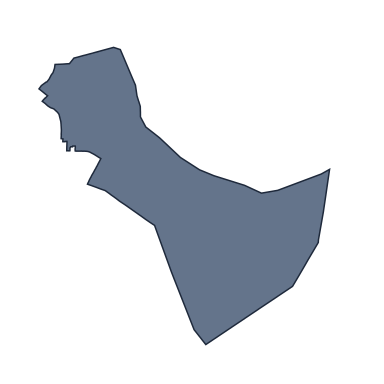 Al Hali, Al Hudaydah, Yemen (Mercator projection), rotated 353°
{"feature_id": "15242507B48725764908659", "entity_name": "Al Hali", "entity_type": "district", "adm_level": 2, "iso_a3": "YEM", "parent_name": "Yemen", "parent_adm1": "Al Hudaydah", "projection": "mercator", "projection_center": [42.962, 14.788], "detail": "fine", "context": "isolated", "style": "filled", "palette": "slate", "viewbox_px": 384, "rotation_deg": 353, "n_neighbors": 0, "source": "geoboundaries", "source_scale": "gbopen_adm2", "svg_char_len": 2737}
<svg xmlns="http://www.w3.org/2000/svg" viewBox="0 0 384 384"><g transform="rotate(353 192 192)"><path d="M71.6,48.7L70.6,52.4L68.6,56.6L67.0,58.2L66.4,58.9L63.8,62.7L61.3,65.1L60.6,65.1L55.5,68.0L52.7,71.0L59.3,77.8L59.9,78.4L60.4,78.9L59.7,79.4L57.9,80.9L57.7,80.8L55.3,82.8L54.4,83.7L57.1,86.3L58.0,87.4L59.4,89.0L59.5,89.1L61.9,91.1L62.1,91.2L64.9,92.6L68.3,96.6L69.5,98.8L69.6,99.6L69.6,99.9L70.4,106.1L70.3,108.4L70.3,109.0L70.2,109.9L70.2,110.2L69.9,114.8L69.8,115.2L69.7,116.0L69.6,116.6L69.2,118.7L69.3,118.8L68.6,123.1L69.3,123.3L70.4,123.6L69.9,126.3L71.8,126.6L72.1,126.6L72.2,126.4L74.0,126.5L74.0,127.1L73.9,127.6L73.9,128.0L73.5,130.4L73.5,130.6L73.4,131.1L73.3,131.8L73.2,132.0L73.2,132.4L73.0,133.6L73.0,133.9L72.9,134.5L72.7,135.8L74.2,136.0L74.5,136.1L75.5,136.2L75.8,136.2L76.0,135.4L76.1,134.2L76.2,133.8L76.3,133.5L76.4,133.1L77.0,132.6L77.2,132.3L77.7,132.4L77.9,132.4L78.9,132.6L79.1,131.9L79.4,131.9L81.0,132.1L81.6,132.1L81.7,132.5L81.7,133.0L81.6,133.5L81.5,134.0L81.4,134.3L81.2,135.3L81.1,136.1L81.1,136.4L81.1,137.1L82.0,137.3L85.9,137.8L87.8,138.0L88.0,138.1L88.5,138.2L89.9,138.3L91.9,138.7L92.0,138.7L92.5,138.8L93.9,139.2L94.3,139.4L94.7,139.6L95.0,139.7L95.4,139.9L97.2,141.2L99.0,142.4L99.2,142.6L99.5,142.8L100.4,143.5L100.6,143.7L101.5,144.4L103.3,145.9L103.8,146.3L105.1,147.3L105.6,147.7L104.1,150.0L103.7,150.5L103.3,151.1L103.2,151.3L102.5,152.2L101.8,153.3L101.6,153.6L100.8,154.8L100.4,155.2L99.7,156.3L99.0,157.3L98.2,158.3L97.8,158.8L97.3,159.7L96.6,160.5L96.4,160.9L96.0,161.4L95.9,161.5L95.3,162.3L94.8,162.9L94.4,163.5L93.9,164.2L93.7,164.6L93.5,164.9L92.8,165.8L91.5,167.7L90.6,169.3L89.7,170.6L89.2,171.5L91.4,172.6L91.6,172.7L93.5,173.6L93.8,173.8L95.2,174.5L97.2,175.5L100.2,177.1L100.8,177.4L101.1,177.6L106.0,180.0L109.6,183.3L111.0,184.7L111.2,184.9L114.2,187.6L114.7,188.1L115.7,189.0L118.4,191.7L119.5,192.7L123.0,195.7L126.4,198.7L126.7,199.0L137.4,208.7L137.5,208.8L138.0,209.2L142.5,213.4L146.8,217.2L150.8,220.6L151.1,222.0L161.8,268.7L163.5,275.4L177.3,328.9L187.1,345.1L194.8,341.2L245.5,315.5L280.3,297.9L287.1,289.1L294.8,279.0L298.9,273.5L308.6,260.9L311.2,257.5L311.6,255.2L312.9,250.9L320.1,227.3L320.6,225.4L324.1,212.7L330.8,188.1L331.3,186.3L322.5,189.9L277.3,200.8L260.8,201.6L245.0,191.8L215.7,178.5L202.2,170.9L184.7,156.3L166.7,134.6L161.6,129.4L160.4,128.2L154.0,121.8L153.7,120.9L150.2,111.8L150.0,111.1L150.6,106.0L150.6,105.7L150.9,102.7L151.1,100.7L150.5,97.4L150.3,96.1L150.0,94.9L149.1,89.7L148.9,79.1L146.4,70.6L139.5,46.4L138.3,42.3L138.2,41.9L131.8,38.9L119.4,40.7L102.8,43.1L100.9,43.3L99.0,43.6L95.0,44.2L91.1,44.7L89.5,46.3L86.9,48.8L86.0,49.7L84.8,49.6L81.0,49.4L79.0,49.3L71.6,48.7Z" fill="#64748b" stroke="#1e293b" stroke-width="1.5"/></g></svg>